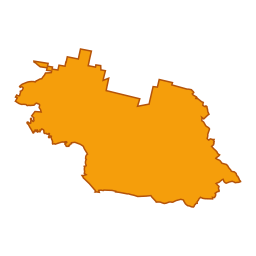 outline of Beltiug, Satu Mare, Romania
{"feature_id": "2599482B21797114471165", "entity_name": "Beltiug", "entity_type": "district", "adm_level": 2, "iso_a3": "ROU", "parent_name": "Romania", "parent_adm1": "Satu Mare", "projection": "natural_earth1", "projection_center": [22.838, 47.568], "detail": "fine", "context": "isolated", "style": "filled", "palette": "amber", "viewbox_px": 256, "rotation_deg": 0, "n_neighbors": 0, "source": "geoboundaries", "source_scale": "gbopen_adm2", "svg_char_len": 5680}
<svg xmlns="http://www.w3.org/2000/svg" viewBox="0 0 256 256"><path d="M193.5,207.0L194.2,206.1L194.6,205.0L195.4,204.2L195.8,203.5L197.2,203.3L197.1,201.9L197.3,201.6L198.6,199.8L198.9,198.9L200.0,197.9L200.4,197.3L203.0,198.4L205.2,198.7L212.6,198.9L212.6,197.8L212.5,197.4L213.3,197.6L214.6,197.5L214.8,196.8L215.5,195.9L215.7,194.8L215.6,194.2L215.1,193.3L216.3,192.6L216.4,192.3L216.8,192.1L217.6,191.6L219.0,191.4L218.9,190.3L219.1,190.2L218.8,189.5L218.4,187.9L218.9,187.1L219.0,186.4L217.3,184.9L216.6,183.8L216.1,183.5L216.7,183.1L218.5,182.5L219.6,181.9L220.1,181.3L222.5,179.5L223.2,179.3L224.0,181.6L224.9,182.5L226.1,183.2L229.6,181.9L232.2,181.3L234.3,182.1L235.0,182.6L235.4,182.7L236.6,182.5L238.8,182.3L240.6,181.6L240.5,181.2L239.3,179.9L239.3,179.6L238.9,178.5L237.8,176.4L237.0,175.8L236.7,175.3L236.1,173.4L234.4,171.9L231.9,171.4L231.2,171.0L230.5,169.6L229.7,168.9L228.7,167.6L227.7,165.8L226.6,164.6L226.8,164.6L221.9,163.2L220.4,161.1L219.8,160.5L219.0,160.0L217.5,159.4L215.8,158.4L216.1,157.9L218.9,155.8L219.6,154.9L218.4,154.2L217.7,153.4L217.3,152.9L217.1,152.1L215.8,150.6L213.9,148.9L211.6,146.4L213.5,144.8L213.5,144.5L213.7,144.3L213.8,143.4L213.7,143.1L214.0,143.0L214.0,142.7L213.8,142.4L214.2,141.6L213.5,140.7L213.9,140.2L214.1,139.5L212.6,139.5L210.5,138.9L209.7,139.3L208.8,140.1L207.8,139.4L207.1,138.5L207.5,137.4L207.8,135.8L207.7,134.4L209.5,129.1L209.4,128.7L208.6,127.7L206.5,126.4L205.7,125.7L203.8,122.3L203.1,121.6L201.9,120.8L201.8,120.5L201.9,119.2L201.9,118.5L202.0,118.0L201.8,117.4L203.8,118.9L207.8,115.1L209.0,114.3L207.8,111.7L207.5,109.6L207.5,109.1L207.1,108.3L207.0,106.8L206.8,106.5L205.9,105.9L205.1,106.7L203.8,106.0L203.7,105.9L202.8,105.4L203.1,102.9L203.3,102.6L203.0,102.2L201.7,101.8L197.7,98.6L195.8,98.4L196.2,97.4L196.7,97.5L196.8,97.4L196.7,97.3L196.4,96.9L193.4,95.2L192.5,94.2L192.3,93.8L193.5,92.9L193.8,92.4L193.0,91.3L192.3,90.9L192.3,90.7L191.4,89.7L188.8,89.2L187.0,89.1L171.8,84.9L172.5,82.6L159.2,79.5L157.4,87.1L153.1,86.6L149.6,101.7L149.1,104.1L137.5,106.3L139.8,98.8L106.2,90.6L106.9,86.7L107.7,83.1L108.7,78.2L103.1,80.4L103.5,78.3L105.4,70.7L100.9,69.9L100.7,65.6L95.9,64.9L95.5,67.1L88.2,65.7L89.5,59.4L91.4,51.1L80.5,49.0L78.3,59.0L67.3,56.8L66.1,62.3L65.8,62.2L65.0,66.2L59.0,65.2L57.9,70.0L52.1,69.1L52.5,67.0L47.5,66.2L48.1,63.4L33.9,61.1L33.9,61.4L34.0,62.0L34.2,62.3L35.5,62.8L37.3,64.5L40.2,66.8L47.1,67.8L46.6,70.3L51.7,71.0L51.3,72.6L49.5,72.8L45.5,73.0L44.5,75.0L42.4,77.6L41.8,78.7L40.0,79.0L38.1,80.0L37.0,80.6L36.2,80.8L36.0,81.2L35.1,82.0L34.1,81.6L31.6,81.5L29.3,81.7L27.4,82.1L22.2,84.2L20.5,85.5L19.6,86.4L20.2,87.3L21.5,86.8L22.4,87.0L23.2,87.9L23.1,88.4L22.2,90.3L20.3,91.3L19.7,91.4L20.7,91.6L19.5,95.7L18.3,95.8L16.7,95.0L15.5,97.1L17.3,97.9L15.4,101.3L16.5,101.8L16.7,102.1L19.1,103.6L21.5,104.4L23.7,104.3L25.8,104.5L26.4,104.8L27.0,105.5L27.5,105.6L28.9,105.3L30.0,105.5L33.9,105.2L34.5,104.8L35.3,103.8L36.2,103.2L36.5,103.1L36.9,103.2L37.3,103.6L38.6,103.9L39.0,104.2L39.4,104.4L39.6,104.8L39.6,105.5L39.2,107.2L39.2,107.7L40.3,109.3L40.6,109.9L41.2,112.0L35.0,111.5L31.7,115.8L33.8,117.9L33.5,118.1L33.5,118.3L33.5,118.9L34.0,120.4L33.8,120.9L33.2,121.5L32.7,121.3L32.2,120.6L31.5,119.8L31.3,119.5L31.3,118.5L31.2,118.3L30.9,118.3L30.6,118.6L30.5,119.0L30.6,119.5L30.9,120.3L31.0,120.9L30.7,121.7L30.8,122.9L30.7,123.1L30.2,123.3L29.5,123.2L28.7,122.5L27.9,122.0L27.3,122.1L27.0,122.6L27.0,122.9L27.5,123.8L28.3,124.3L28.5,124.6L29.7,127.0L31.7,130.3L33.0,132.9L33.4,133.0L33.6,132.9L33.6,132.6L33.2,132.2L33.4,131.7L34.4,131.9L34.8,131.7L34.6,131.0L35.1,130.7L35.1,130.1L35.4,130.1L35.6,130.7L35.8,130.8L36.8,130.0L37.4,130.0L37.5,130.2L37.4,130.5L36.4,130.8L36.3,131.1L36.7,131.4L37.1,131.8L37.6,132.1L37.8,132.0L38.1,131.5L38.2,131.4L40.0,131.8L40.1,131.7L39.8,131.2L40.3,130.6L40.1,130.1L40.9,130.0L41.3,129.8L41.5,129.0L41.9,128.9L42.7,129.4L43.5,129.8L43.6,130.3L43.9,130.7L43.7,131.0L44.1,131.9L43.9,132.6L44.0,132.9L44.5,133.4L44.9,133.5L46.4,133.4L46.6,133.5L46.8,134.0L47.3,134.2L48.0,134.1L49.0,133.4L49.4,133.6L49.4,134.0L49.0,134.7L48.9,135.0L49.0,135.2L49.4,135.4L49.4,135.7L49.1,136.2L48.7,136.5L48.5,136.9L48.6,137.4L48.8,137.6L49.1,137.7L49.6,137.5L50.1,136.6L50.8,136.0L51.4,136.3L51.2,136.8L51.2,137.7L51.6,139.2L52.2,140.3L52.3,141.1L52.6,141.5L52.6,142.1L52.4,143.1L52.7,144.0L54.4,143.7L55.0,144.1L55.4,144.1L61.2,142.2L62.6,141.9L62.8,142.1L63.4,142.1L66.1,141.6L66.6,141.8L66.8,142.3L66.8,142.5L66.2,143.0L64.9,143.1L65.1,143.8L65.0,144.4L65.7,145.0L66.1,146.1L66.6,146.4L68.8,146.3L69.1,145.8L69.0,145.4L69.4,145.2L69.9,144.9L70.3,144.1L71.5,143.7L71.6,143.3L71.5,142.7L74.9,142.3L80.3,144.3L82.7,145.8L83.4,146.5L84.3,148.7L86.9,153.0L87.5,154.2L86.7,154.8L86.4,155.1L86.0,155.9L85.7,156.9L85.6,158.8L86.3,159.3L86.0,159.7L85.5,161.4L85.4,162.6L85.5,163.7L86.1,165.2L86.2,165.5L86.0,165.9L84.2,166.3L84.6,167.3L84.3,168.9L84.4,170.2L84.6,170.9L84.6,171.7L84.3,173.4L86.1,174.7L84.0,175.4L82.0,175.5L82.3,176.0L82.7,176.4L83.2,177.2L83.2,177.7L83.3,177.8L89.4,183.7L93.6,188.6L94.5,189.7L94.9,190.0L95.4,190.7L95.3,191.6L95.0,192.0L95.5,192.1L96.4,191.9L99.3,192.3L98.7,190.4L101.0,190.1L102.2,190.4L103.4,190.5L103.8,190.1L104.5,190.1L112.1,190.4L115.8,191.3L115.6,191.9L119.0,192.3L127.4,193.9L128.4,193.8L131.0,194.6L134.1,195.3L137.7,196.5L146.3,196.1L150.9,195.6L151.8,197.0L155.8,201.3L156.2,202.1L158.1,202.0L160.4,202.1L162.3,202.9L164.2,203.5L166.1,203.2L169.0,202.1L169.9,202.0L170.9,202.0L171.8,202.2L172.8,202.2L176.0,200.6L180.8,199.3L183.1,199.9L183.5,200.2L183.7,200.5L183.8,201.1L185.4,203.8L186.5,204.8L187.7,205.7L189.3,205.9L191.1,206.7L191.9,206.9L193.5,207.0Z" fill="#f59e0b" stroke="#b45309" stroke-width="1.5"/></svg>